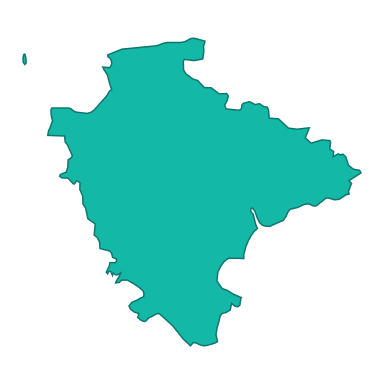 SVG path tracing the border of Devon
{"feature_id": "GBR-2048", "entity_name": "Devon", "entity_type": "Administrative County", "adm_level": 1, "iso_a3": "GBR", "parent_name": "United Kingdom", "parent_adm1": "", "projection": "mercator", "projection_center": [-3.833, 50.73], "detail": "fine", "context": "isolated", "style": "filled", "palette": "teal", "viewbox_px": 384, "rotation_deg": 0, "n_neighbors": 0, "source": "natural_earth", "source_scale": "10m", "svg_char_len": 3209}
<svg xmlns="http://www.w3.org/2000/svg" viewBox="0 0 384 384"><path d="M349.1,194.1L345.8,194.9L339.2,199.3L334.7,199.8L327.6,197.8L325.4,198.5L321.1,202.1L320.2,202.6L317.1,205.3L315.2,206.1L313.3,205.9L309.7,204.3L307.5,203.9L303.9,204.5L297.6,207.5L290.0,209.3L287.8,212.3L286.1,216.3L283.3,220.3L269.6,226.4L265.4,226.1L262.2,225.1L259.7,222.7L257.4,218.3L254.9,211.2L254.2,210.0L253.6,209.7L253.2,209.1L252.6,208.4L251.5,208.1L250.9,208.8L250.7,210.2L250.9,211.6L253.2,214.3L255.7,224.5L257.4,228.4L254.0,231.6L251.0,235.7L248.3,240.7L245.8,246.8L243.7,254.9L243.8,258.6L242.9,258.6L239.2,258.3L233.8,258.3L228.4,258.3L224.2,261.4L220.7,266.2L218.0,271.7L217.3,276.5L216.9,280.7L219.2,284.4L222.3,288.6L227.3,290.4L233.1,294.0L240.0,297.1L241.3,297.5L241.0,298.0L239.8,305.3L237.5,306.9L234.6,306.0L231.6,303.4L230.2,310.0L226.2,312.4L222.0,313.5L220.0,316.4L219.0,321.3L217.1,327.5L216.0,334.4L217.5,341.7L214.6,343.2L207.1,345.4L203.8,345.8L199.6,344.7L196.2,343.0L193.3,342.6L190.5,345.8L183.5,339.3L172.6,325.7L160.2,314.4L158.2,313.4L156.4,313.9L151.6,316.6L149.8,317.3L148.7,317.9L146.2,320.8L144.6,321.5L142.6,321.0L140.6,319.9L137.6,317.3L138.1,316.2L138.8,313.4L134.7,312.3L130.5,309.2L129.0,305.9L131.9,302.3L136.4,300.5L140.6,298.0L143.6,296.8L143.9,295.0L143.9,293.5L143.0,290.7L139.5,287.7L135.6,284.9L131.1,282.2L127.4,280.1L124.5,280.1L121.8,280.1L119.1,282.5L116.1,282.7L116.1,282.9L115.7,282.9L116.3,281.2L118.8,277.2L120.8,273.0L117.1,274.9L115.2,274.7L113.1,273.0L112.5,275.4L110.6,271.3L108.6,271.6L107.5,273.8L106.3,272.1L107.4,269.8L109.4,265.8L109.9,262.6L115.2,262.7L116.5,261.4L116.6,259.1L112.6,257.4L111.6,253.3L110.0,251.1L100.0,248.5L99.5,241.8L97.2,237.4L94.2,235.1L95.2,223.9L87.9,218.8L85.6,208.1L83.0,204.0L82.7,196.0L79.8,189.4L80.0,182.6L76.6,180.8L74.4,184.0L73.2,183.8L68.0,178.1L61.9,177.9L59.6,176.2L60.5,174.4L66.2,172.2L67.8,167.2L68.2,159.8L71.4,157.7L72.3,155.7L67.4,144.7L65.1,141.8L64.7,136.0L47.8,135.4L48.6,130.6L49.9,128.1L52.6,120.6L51.8,118.3L51.1,114.0L51.0,109.8L51.9,108.0L68.6,108.0L70.7,108.7L74.6,111.6L76.4,112.2L87.3,113.4L91.2,112.2L94.0,110.2L106.7,95.9L107.8,94.2L108.6,92.4L109.8,90.8L111.7,89.6L110.6,86.7L108.3,78.6L107.9,76.4L107.2,74.5L104.0,69.7L102.8,67.1L109.0,67.6L110.4,67.1L111.7,63.9L111.4,60.7L110.0,58.2L107.9,56.7L107.9,54.8L122.2,49.1L156.6,45.8L163.6,43.2L167.2,42.5L180.7,42.5L184.9,41.7L190.9,38.5L194.2,38.2L204.9,41.1L204.6,43.0L204.4,43.5L203.5,46.2L203.9,51.0L202.7,59.0L194.0,60.6L184.5,59.4L183.3,61.2L183.6,70.0L186.0,73.9L193.2,79.2L197.7,80.5L204.3,87.6L211.3,87.8L219.2,93.9L226.8,93.6L228.3,96.1L227.1,100.8L224.6,105.2L226.1,108.9L239.4,110.3L241.5,108.6L242.0,104.8L243.3,103.3L249.5,101.7L255.3,104.6L259.4,103.7L263.7,106.6L267.3,107.2L268.5,109.9L269.2,118.2L278.4,118.8L288.4,128.1L297.1,129.2L309.3,127.8L305.3,137.9L311.1,143.2L321.9,139.9L329.9,140.6L330.6,142.5L329.7,148.9L333.7,151.6L333.1,156.7L338.2,153.8L340.0,154.9L343.1,154.2L345.8,157.0L348.5,165.4L353.6,169.3L359.6,170.3L361.0,172.9L348.9,180.7L351.5,183.4L348.4,191.6L349.1,194.1ZM25.7,57.5L26.0,59.4L26.1,63.1L24.8,64.5L23.3,62.4L23.0,58.4L23.7,54.6L24.7,54.1L25.4,56.3L25.7,57.5Z" fill="#14b8a6" stroke="#0f766e" stroke-width="1.5"/></svg>